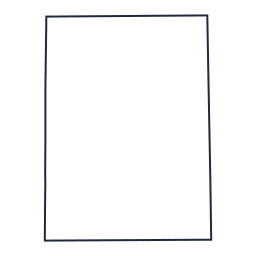 outline of Preble, Ohio, United States of America
{"feature_id": "52423323B89596948569542", "entity_name": "Preble", "entity_type": "district", "adm_level": 2, "iso_a3": "USA", "parent_name": "United States of America", "parent_adm1": "Ohio", "projection": "albers", "projection_center": [-84.757, 39.743], "detail": "fine", "context": "isolated", "style": "outline", "palette": "slate", "viewbox_px": 256, "rotation_deg": 0, "n_neighbors": 0, "source": "geoboundaries", "source_scale": "gbopen_adm2", "svg_char_len": 425}
<svg xmlns="http://www.w3.org/2000/svg" viewBox="0 0 256 256"><path d="M45.4,138.7L45.2,168.3L45.2,175.5L45.3,184.1L45.1,201.4L44.8,240.2L44.9,240.6L211.2,239.7L211.0,225.5L210.4,183.1L208.3,71.9L207.3,15.4L46.3,16.6L46.2,32.8L46.1,33.3L46.0,44.8L45.8,57.4L45.8,59.0L45.7,63.9L45.7,64.0L45.6,74.4L45.6,75.8L45.4,82.5L45.5,84.3L45.4,91.7L45.4,100.0L45.4,100.8L45.4,138.7Z" fill="none" stroke="#1e293b" stroke-width="2"/></svg>